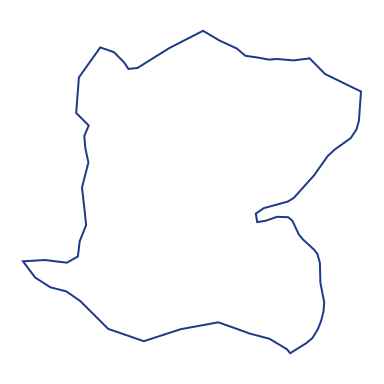 map outline of Centre (Albers equal-area conic projection)
{"feature_id": "HTI-1385", "entity_name": "Centre", "entity_type": "Department", "adm_level": 1, "iso_a3": "HTI", "parent_name": "Haiti", "parent_adm1": "", "projection": "albers", "projection_center": [-71.937, 19.008], "detail": "fine", "context": "isolated", "style": "outline", "palette": "blue", "viewbox_px": 384, "rotation_deg": 0, "n_neighbors": 0, "source": "natural_earth", "source_scale": "10m", "svg_char_len": 988}
<svg xmlns="http://www.w3.org/2000/svg" viewBox="0 0 384 384"><path d="M309.6,58.3L325.0,74.0L355.1,88.7L361.0,91.5L358.9,120.9L356.5,129.4L350.7,138.1L334.9,149.4L327.9,155.8L314.0,175.4L293.8,197.9L287.7,201.6L263.9,208.1L255.8,213.6L257.2,222.1L265.5,220.8L277.1,216.8L288.0,217.2L292.3,220.6L298.9,234.6L303.1,239.6L313.8,249.4L317.3,253.8L319.9,262.9L320.4,282.9L324.2,302.2L323.5,311.5L321.2,320.6L318.0,328.9L312.4,338.1L305.9,343.4L293.4,351.2L290.2,353.2L286.9,349.2L269.3,338.7L249.8,333.6L234.1,327.9L218.2,322.3L180.7,329.2L143.8,341.2L108.2,328.9L80.2,301.0L66.3,291.4L50.4,287.3L35.2,277.6L23.0,261.3L44.8,260.0L66.9,262.7L77.9,256.4L79.7,241.2L86.1,225.2L84.8,212.2L82.0,187.5L88.4,162.5L85.3,148.0L84.3,136.0L88.7,125.5L76.2,113.0L78.9,77.4L100.3,47.4L114.0,52.2L124.1,62.4L128.4,68.9L137.4,68.0L169.6,47.9L203.0,30.8L219.6,40.6L236.8,48.5L245.4,55.8L258.1,57.6L268.7,59.6L277.2,59.0L293.6,60.4L309.4,58.4L309.6,58.3Z" fill="none" stroke="#1e3a8a" stroke-width="2"/></svg>